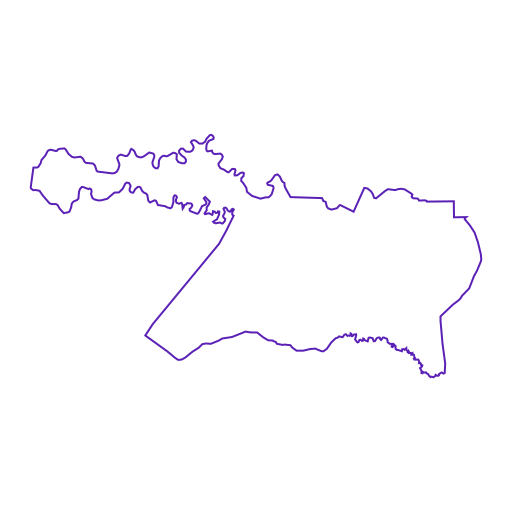 Kandal Stueng, Kândal, Cambodia
{"feature_id": "14789045B57201426085250", "entity_name": "Kandal Stueng", "entity_type": "district", "adm_level": 2, "iso_a3": "KHM", "parent_name": "Cambodia", "parent_adm1": "Kândal", "projection": "natural_earth1", "projection_center": [104.8, 11.397], "detail": "fine", "context": "isolated", "style": "outline", "palette": "violet", "viewbox_px": 512, "rotation_deg": 0, "n_neighbors": 0, "source": "geoboundaries", "source_scale": "gbopen_adm2", "svg_char_len": 6068}
<svg xmlns="http://www.w3.org/2000/svg" viewBox="0 0 512 512"><path d="M145.3,335.5L167.2,351.3L174.9,357.7L177.9,359.8L180.0,359.8L182.2,359.3L185.5,357.4L192.6,351.6L198.5,347.9L202.4,344.1L206.0,343.5L210.9,343.8L218.7,340.6L222.3,338.5L232.0,337.0L245.6,331.6L250.2,332.4L257.2,332.5L263.2,337.3L268.2,340.3L272.7,340.5L273.4,341.2L275.6,341.8L276.9,343.8L282.5,344.9L284.7,344.6L290.4,345.2L292.3,347.6L296.6,350.7L303.2,350.7L310.3,349.0L315.2,348.6L321.5,351.2L323.4,351.3L326.9,348.8L331.1,342.6L335.6,338.3L337.5,337.7L339.1,336.4L342.6,337.2L344.5,334.6L346.0,334.3L347.4,335.9L348.4,335.5L349.6,335.8L350.3,335.2L350.6,333.4L351.4,333.9L351.7,336.1L352.5,336.1L353.8,334.6L356.1,334.3L356.2,335.2L355.1,339.5L357.4,342.4L358.5,342.1L359.4,340.0L360.4,339.7L362.0,340.9L362.9,340.6L363.2,338.5L364.0,338.8L364.5,340.1L367.7,341.4L368.6,337.8L369.7,337.5L372.6,338.2L373.7,341.2L375.0,341.1L376.5,338.5L377.3,337.9L379.0,337.4L379.9,337.8L380.3,339.4L381.1,340.0L383.0,337.5L383.8,337.5L387.0,338.9L387.6,340.7L387.6,342.2L389.9,343.9L393.1,343.9L392.8,344.8L391.9,345.5L391.6,346.6L392.5,347.1L394.6,345.1L395.6,346.1L395.5,348.7L396.6,349.9L397.5,349.8L401.9,351.2L402.2,349.2L403.6,349.1L404.5,349.8L406.3,348.1L406.4,349.6L406.9,350.5L407.8,351.5L408.4,350.8L408.9,351.8L408.0,352.4L408.9,353.1L411.0,352.9L411.2,354.3L412.4,353.3L412.5,354.7L413.4,354.4L414.1,355.1L414.3,357.3L414.9,357.9L413.9,358.8L414.4,359.6L418.3,359.6L419.2,361.6L419.0,363.1L420.2,363.0L420.8,363.5L420.9,364.9L422.3,365.3L421.9,366.6L420.0,368.1L421.1,369.9L421.6,371.9L421.5,373.1L422.5,373.3L423.1,372.0L423.8,372.5L426.0,372.4L426.4,373.3L428.1,374.0L429.1,375.9L430.5,377.1L431.1,376.6L433.5,377.2L435.4,375.9L435.6,374.9L437.6,375.9L438.9,375.4L439.0,374.2L440.9,372.8L441.8,372.5L443.5,373.6L444.7,373.0L445.2,363.6L442.5,343.6L440.5,320.6L440.5,316.4L452.9,304.6L458.5,300.4L460.6,298.3L462.0,295.8L469.2,288.4L473.9,276.3L477.0,270.7L480.7,261.8L481.3,259.6L480.8,254.2L477.9,242.2L474.6,232.6L469.8,225.3L464.7,219.1L464.9,218.2L466.2,217.1L454.0,217.3L453.8,201.3L426.9,201.6L426.5,200.8L424.6,200.3L419.1,200.6L417.8,198.6L413.0,198.2L411.6,196.8L412.4,194.5L410.9,193.3L404.7,189.4L401.4,188.8L398.3,189.1L395.2,190.1L387.9,189.2L385.2,190.9L376.1,198.3L374.1,197.8L372.8,194.1L371.0,191.3L367.5,188.5L364.3,187.9L353.6,211.7L340.3,205.1L339.5,205.3L337.0,208.2L331.5,209.6L328.2,208.4L326.9,206.7L325.6,201.8L323.3,201.0L322.1,198.1L290.5,197.1L285.5,188.2L284.5,185.5L284.5,183.0L282.7,181.9L281.5,180.3L279.9,176.6L277.6,174.4L275.0,175.2L271.5,180.1L270.3,181.3L267.7,182.5L267.2,183.4L267.8,184.8L272.8,185.9L273.4,187.0L273.5,188.5L272.1,192.9L271.5,194.5L269.6,196.5L268.6,197.3L265.3,197.4L260.6,198.7L252.0,195.9L247.0,191.8L246.3,187.8L243.2,183.0L241.2,180.9L241.4,178.1L243.5,176.1L243.9,173.1L242.7,172.5L240.5,172.9L237.3,175.3L234.7,175.4L234.5,174.0L235.5,170.4L234.8,169.0L232.2,168.9L228.8,172.2L227.7,172.2L223.7,169.5L220.5,168.3L218.6,165.4L218.5,163.6L222.0,159.0L222.8,156.7L221.9,154.7L220.4,153.6L214.7,154.1L213.2,153.4L212.2,151.9L211.9,150.6L207.8,151.4L206.7,150.8L206.2,148.7L206.6,144.8L207.3,143.1L208.9,140.8L213.4,139.0L213.7,137.5L212.9,135.9L211.2,134.8L209.8,135.2L206.5,138.8L205.1,141.7L202.4,143.6L199.2,143.5L195.7,140.7L194.0,140.2L192.0,140.7L190.9,142.1L193.0,145.4L193.7,147.5L192.9,149.7L191.6,151.1L189.9,151.8L186.0,151.6L183.1,148.7L180.9,148.7L179.1,150.6L179.2,152.9L181.9,155.7L184.6,157.6L185.9,159.6L185.9,161.7L184.6,163.2L182.3,163.3L178.4,162.1L176.5,159.3L176.8,154.2L174.9,153.0L173.2,152.7L167.7,156.0L166.2,156.3L164.1,155.7L162.3,156.2L160.2,158.2L159.0,160.6L158.6,166.4L157.5,168.3L155.5,168.2L153.7,166.8L152.7,164.7L152.4,162.3L154.2,157.1L154.3,155.2L153.3,153.6L149.2,152.5L143.8,156.4L141.2,157.4L139.4,157.2L137.1,156.4L135.8,154.7L134.8,152.0L133.6,150.3L131.3,148.9L130.5,150.0L129.4,153.1L127.4,155.8L125.6,156.1L120.8,154.6L118.8,155.5L117.8,156.6L117.1,158.0L119.4,164.3L119.3,165.7L118.3,169.0L116.8,171.6L115.0,172.9L112.5,173.4L97.8,171.6L96.7,170.9L94.9,165.4L92.9,163.5L86.0,162.9L84.5,161.7L82.8,158.4L80.5,156.7L74.5,157.5L72.0,156.9L68.5,153.9L65.6,149.3L64.3,148.4L59.2,148.9L57.7,149.7L57.0,150.8L55.7,151.0L50.8,149.7L49.1,150.1L47.7,151.0L45.2,155.7L41.5,160.0L40.7,163.1L38.4,166.8L37.3,167.5L33.4,167.6L30.7,187.5L31.1,188.6L33.2,190.2L35.6,190.0L39.5,190.8L42.8,195.5L49.4,203.2L51.3,204.0L56.1,204.1L57.7,205.2L59.6,208.6L63.7,213.1L67.8,212.4L69.5,211.6L71.1,207.5L71.8,203.7L72.6,202.5L73.6,201.5L77.1,200.0L78.4,198.7L79.0,191.9L79.8,189.3L81.6,187.1L82.7,186.9L88.6,189.1L89.6,188.5L90.6,188.9L91.2,189.5L91.6,191.5L91.0,193.9L92.4,198.0L94.3,199.4L98.1,200.4L100.8,200.4L107.2,198.8L114.4,192.6L119.0,192.4L122.8,188.6L125.3,183.6L126.6,182.6L129.0,183.0L130.3,185.1L130.6,186.2L129.6,189.1L129.6,190.3L129.9,191.3L131.4,192.5L133.2,192.7L135.3,189.1L137.7,187.0L139.0,186.8L140.4,187.4L142.3,191.1L143.8,192.5L146.1,193.6L147.3,195.0L148.3,200.7L150.0,202.5L154.6,200.3L156.0,200.8L157.9,205.0L165.1,206.2L167.2,207.4L170.5,208.3L171.9,207.1L173.4,202.2L173.4,197.7L174.0,196.1L174.9,195.3L175.7,195.5L176.7,196.6L176.9,197.5L176.0,199.4L175.9,201.2L176.6,202.8L178.9,203.7L181.5,202.9L182.2,204.3L182.7,208.6L183.7,207.1L184.2,205.1L186.0,204.5L187.2,203.1L191.2,203.6L192.0,204.5L192.3,205.9L190.8,208.1L189.6,208.9L189.7,210.3L190.3,211.1L196.9,213.7L197.8,213.6L199.1,212.1L202.0,206.2L205.7,204.5L206.3,203.6L206.4,202.2L203.8,198.3L205.2,197.0L209.9,201.7L208.7,204.6L206.6,207.5L206.7,210.3L204.5,213.4L205.1,214.2L208.9,213.2L212.2,214.9L212.7,214.1L213.0,211.2L214.8,211.7L215.7,212.9L217.4,212.8L218.1,211.3L219.3,211.6L219.1,214.5L217.0,219.3L213.1,221.7L213.8,222.6L215.7,223.3L220.0,222.5L221.8,223.5L222.8,223.4L224.8,221.0L225.3,218.9L223.6,217.6L223.0,216.0L224.5,213.3L224.8,211.7L223.5,208.8L224.2,207.8L225.4,207.6L226.5,208.3L227.7,210.4L229.5,211.7L230.3,211.6L231.7,209.3L232.8,208.8L233.8,209.5L232.3,212.3L232.1,213.9L232.6,215.0L233.6,215.7L226.1,231.0L219.0,243.9L152.7,324.2L145.3,335.5Z" fill="none" stroke="#5b21b6" stroke-width="2"/></svg>